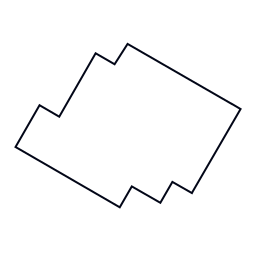 Pushmataha, Oklahoma, United States of America, rotated 210°
{"feature_id": "52423323B78550164049948", "entity_name": "Pushmataha", "entity_type": "district", "adm_level": 2, "iso_a3": "USA", "parent_name": "United States of America", "parent_adm1": "Oklahoma", "projection": "equal_earth", "projection_center": [-95.422, 34.419], "detail": "fine", "context": "isolated", "style": "outline", "palette": "ink", "viewbox_px": 256, "rotation_deg": 210, "n_neighbors": 0, "source": "geoboundaries", "source_scale": "gbopen_adm2", "svg_char_len": 354}
<svg xmlns="http://www.w3.org/2000/svg" viewBox="0 0 256 256"><g transform="rotate(210 128 128)"><path d="M62.6,79.4L62.6,103.5L40.1,103.6L40.2,105.4L40.0,200.7L50.3,200.8L50.3,200.7L170.4,200.6L171.5,176.5L193.4,176.5L193.2,103.4L216.0,103.5L215.9,55.3L190.5,55.3L95.5,55.2L95.5,79.3L62.6,79.4Z" fill="none" stroke="#020617" stroke-width="2"/></g></svg>